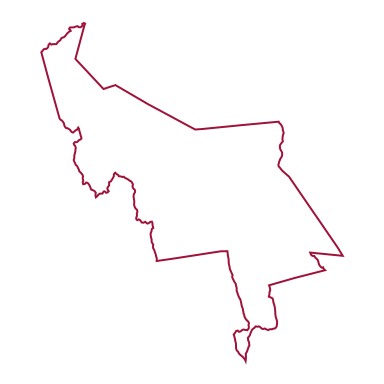 Brotas de Macaúbas, Bahia, Brazil (Natural Earth projection)
{"feature_id": "56859067B62774475312838", "entity_name": "Brotas de Macaúbas", "entity_type": "district", "adm_level": 2, "iso_a3": "BRA", "parent_name": "Brazil", "parent_adm1": "Bahia", "projection": "natural_earth1", "projection_center": [-42.507, -12.105], "detail": "fine", "context": "isolated", "style": "outline", "palette": "rose", "viewbox_px": 384, "rotation_deg": 0, "n_neighbors": 0, "source": "geoboundaries", "source_scale": "gbopen_adm2", "svg_char_len": 4860}
<svg xmlns="http://www.w3.org/2000/svg" viewBox="0 0 384 384"><path d="M278.7,121.7L243.0,125.0L205.4,128.7L201.2,129.1L195.2,129.5L188.4,125.9L173.6,117.9L147.9,104.1L115.4,85.1L109.5,87.0L103.5,89.0L75.4,58.9L84.0,26.9L84.4,25.5L85.1,23.7L83.8,23.0L82.3,23.8L82.4,25.5L81.5,26.7L80.2,27.3L78.6,27.1L77.7,26.2L75.9,26.5L74.0,27.3L71.9,27.4L69.9,27.5L69.1,28.9L70.0,29.8L70.7,30.9L69.2,31.6L68.1,32.6L67.0,33.6L66.0,35.0L64.9,36.4L63.7,37.3L62.2,37.7L61.2,38.4L60.5,40.0L59.2,41.0L57.7,42.3L56.4,44.1L54.7,44.1L53.0,44.1L51.4,44.6L49.9,43.4L48.6,44.7L48.3,46.7L47.2,48.4L45.8,49.0L44.4,48.9L43.3,49.8L42.2,51.3L41.3,52.2L47.8,76.4L59.6,118.6L60.4,119.6L61.7,120.4L62.9,121.7L63.9,123.3L64.2,124.8L64.8,126.6L66.1,128.1L67.4,128.2L68.4,128.7L70.0,129.8L71.5,131.9L73.0,132.6L74.3,131.5L75.6,130.3L77.0,129.7L78.2,127.6L79.0,128.8L79.3,130.7L80.2,133.6L80.6,135.4L81.3,137.3L81.4,138.6L80.4,139.5L78.9,140.2L77.4,141.9L76.1,142.2L74.9,142.1L73.7,143.4L74.1,144.8L75.0,145.6L75.5,146.8L75.8,148.2L75.4,149.6L75.4,151.2L75.1,152.6L74.7,153.9L74.4,155.2L74.3,156.7L74.3,158.3L73.7,160.0L74.3,161.7L75.0,163.0L75.7,164.8L77.1,166.0L78.1,168.2L78.9,169.7L79.3,171.3L80.5,172.4L81.7,173.7L82.6,175.0L83.0,176.4L82.7,177.7L82.8,179.0L83.3,180.5L82.7,182.2L83.2,184.2L84.9,183.9L86.2,182.5L87.6,182.9L88.4,183.8L89.2,184.8L89.9,186.3L90.6,188.0L91.2,189.6L92.8,190.1L94.6,191.1L95.8,192.8L95.5,194.4L95.5,195.8L95.9,197.3L96.8,196.6L98.1,195.1L99.6,193.7L101.2,193.6L102.4,193.6L103.3,192.0L104.2,191.3L105.3,191.8L106.2,192.8L107.6,192.4L108.7,191.2L107.7,189.7L107.3,188.1L108.0,186.9L109.1,185.4L109.1,183.4L109.1,182.2L110.9,181.3L112.1,179.4L113.0,177.8L113.8,176.3L113.9,174.2L115.2,172.7L116.6,174.1L118.0,174.8L118.8,176.2L120.5,176.4L122.4,177.0L123.7,176.7L124.8,177.7L126.1,178.4L127.8,179.2L129.2,180.4L131.4,181.6L132.4,183.3L133.0,184.4L132.5,186.0L132.8,187.6L133.5,188.7L134.7,189.7L135.1,191.1L134.9,192.5L134.0,193.8L133.5,196.2L133.9,198.9L134.3,201.1L134.2,203.2L134.1,204.8L134.4,206.1L135.0,207.6L136.0,208.9L137.1,210.0L137.4,211.8L136.8,213.7L137.0,215.8L136.3,217.5L136.2,218.9L137.3,220.2L138.7,219.4L139.8,219.9L140.8,221.0L141.7,222.5L143.5,222.7L145.3,221.8L146.5,223.0L147.5,223.6L148.9,223.0L150.5,221.8L151.9,221.7L152.4,223.0L152.5,224.8L152.9,226.6L153.3,228.0L151.8,229.0L151.5,231.3L150.6,233.4L150.7,235.3L151.0,237.3L151.6,239.4L151.6,241.7L152.1,242.9L153.2,244.5L153.0,246.6L153.2,248.3L154.3,250.1L154.7,251.6L155.4,253.5L155.9,255.1L156.2,256.8L156.7,257.9L156.8,259.4L156.7,261.0L172.1,258.8L220.7,251.3L227.4,251.2L227.7,253.9L228.0,256.2L228.3,257.6L228.6,259.2L228.7,261.2L228.7,262.8L228.9,264.1L229.3,265.7L229.6,267.2L229.9,269.1L230.8,271.2L231.4,272.5L231.9,273.7L232.6,275.1L232.2,276.4L232.4,277.8L233.3,279.6L233.9,280.9L234.7,282.4L235.7,283.6L235.9,285.3L236.3,286.5L236.7,288.3L236.6,290.5L237.3,292.6L237.9,294.4L238.6,296.3L239.4,298.0L240.3,299.3L240.8,301.3L241.3,303.4L241.6,305.4L242.2,307.3L242.8,308.8L243.0,310.3L243.4,311.8L243.5,313.3L244.2,314.9L244.5,316.6L245.2,318.1L246.1,319.5L247.3,320.7L248.3,321.7L249.0,323.3L248.5,324.9L248.8,326.3L248.8,328.3L247.3,330.2L245.2,329.9L243.3,329.5L241.9,330.2L240.6,331.4L238.9,331.8L237.8,330.6L236.3,330.9L234.9,333.1L233.7,334.4L234.2,336.0L234.6,337.5L235.0,339.1L235.2,340.7L235.9,343.2L236.0,344.8L236.0,347.0L236.1,348.4L236.6,350.2L238.2,351.9L238.9,353.4L239.9,354.5L241.3,355.7L242.9,357.0L244.2,358.6L245.0,359.7L245.6,361.0L245.9,358.4L245.9,355.8L245.7,353.9L246.3,352.7L247.2,351.3L247.6,349.4L248.2,348.3L248.5,346.9L249.4,345.7L249.2,344.1L249.1,342.5L248.6,341.3L248.1,340.0L248.0,337.7L249.1,336.4L250.0,335.0L250.4,333.4L251.2,331.7L252.0,329.8L253.3,328.6L254.7,327.6L255.7,326.4L257.6,326.7L258.9,326.4L259.9,326.9L260.9,327.8L261.9,328.7L263.3,329.0L264.7,328.5L266.2,329.3L268.3,330.1L269.9,329.2L271.8,329.3L273.1,328.7L274.6,328.6L276.1,327.4L276.7,326.1L277.0,323.8L277.1,321.5L276.5,319.3L275.9,317.6L275.6,315.8L275.3,314.1L275.3,312.0L275.1,309.7L274.9,308.0L274.6,306.3L274.0,304.1L273.4,302.5L273.2,300.6L272.6,298.5L270.9,297.5L268.8,296.7L269.1,295.4L269.5,294.1L269.5,292.2L270.2,290.4L270.1,289.0L269.7,287.2L269.1,285.3L294.6,278.0L325.1,270.2L323.6,268.8L323.1,267.3L321.9,267.7L320.7,266.9L319.7,265.6L318.8,263.9L318.4,261.9L317.7,259.9L316.3,258.5L315.3,257.6L314.3,256.0L312.4,255.9L311.0,254.6L310.2,252.6L342.7,255.8L337.8,247.7L319.9,221.6L307.9,204.2L289.0,176.6L283.7,172.0L282.4,170.8L281.4,169.7L280.7,168.7L279.8,167.6L278.6,166.3L278.4,164.8L279.1,162.0L279.6,160.6L280.3,158.9L281.3,157.3L282.0,156.0L282.2,154.3L282.1,152.6L281.4,151.1L280.3,149.3L279.9,147.4L279.9,146.1L280.2,144.7L281.0,143.7L281.9,142.5L282.9,141.3L282.5,140.0L282.5,138.0L282.9,135.3L283.7,133.0L283.3,131.6L282.9,130.3L282.6,127.9L281.9,126.1L280.7,124.2L279.2,122.9L278.7,121.7Z" fill="none" stroke="#9f1239" stroke-width="2"/></svg>